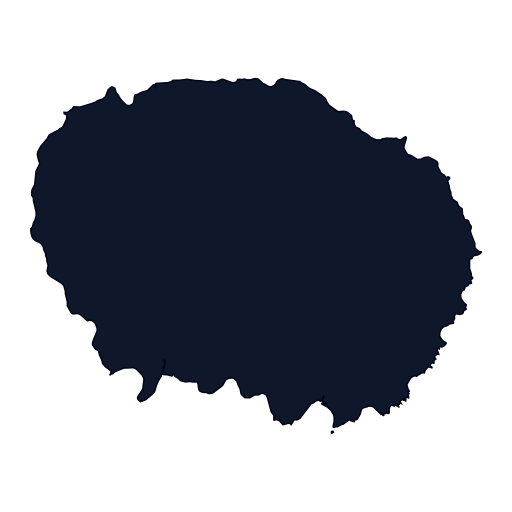 Aneityum, Tafea, Vanuatu
{"feature_id": "77236927B63418931336998", "entity_name": "Aneityum", "entity_type": "district", "adm_level": 2, "iso_a3": "VUT", "parent_name": "Vanuatu", "parent_adm1": "Tafea", "projection": "mercator", "projection_center": [169.832, -20.195], "detail": "fine", "context": "isolated", "style": "filled", "palette": "ink", "viewbox_px": 512, "rotation_deg": 0, "n_neighbors": 0, "source": "geoboundaries", "source_scale": "gbopen_adm2", "svg_char_len": 5988}
<svg xmlns="http://www.w3.org/2000/svg" viewBox="0 0 512 512"><path d="M279.1,420.4L283.0,424.7L288.9,423.1L289.8,423.4L291.2,424.6L294.2,419.7L296.3,419.9L298.3,419.4L300.2,418.0L311.2,403.6L313.5,402.8L315.7,401.0L317.4,400.4L319.5,400.2L320.0,401.2L320.9,401.4L322.1,399.9L322.9,396.8L323.8,395.4L322.7,401.8L323.1,402.3L326.1,403.1L324.7,403.8L321.9,403.4L321.8,404.0L327.5,407.1L331.1,410.4L333.6,414.8L334.1,416.8L334.2,421.4L333.1,426.3L333.4,427.2L334.7,427.3L336.0,426.6L337.5,426.8L340.7,424.8L343.2,424.1L349.5,419.6L351.0,420.8L354.1,421.7L355.1,419.4L356.6,419.7L358.2,417.8L360.1,414.1L361.5,409.4L362.1,408.6L364.8,407.2L367.1,406.9L367.6,406.2L370.8,406.1L373.4,406.9L381.0,414.3L382.0,414.0L382.7,415.1L383.5,415.5L383.8,415.3L383.6,413.5L385.2,413.7L385.9,412.9L388.2,413.5L389.1,413.1L389.2,408.9L389.9,406.6L390.9,405.1L391.5,405.0L394.2,406.1L395.3,404.2L396.4,405.6L398.7,406.8L398.3,404.5L399.3,404.3L399.8,402.8L401.1,403.4L400.1,401.8L400.7,400.5L402.2,399.6L403.4,400.1L403.3,398.8L403.9,398.6L405.2,400.8L405.7,400.9L405.8,398.1L407.3,397.0L408.3,398.0L408.7,397.8L408.2,395.0L409.0,393.4L408.0,392.7L407.8,392.0L409.3,391.2L408.0,389.0L406.9,385.1L407.0,384.2L410.6,378.1L412.8,376.5L414.6,375.8L416.8,376.2L418.0,375.0L419.8,374.3L420.7,373.3L422.9,372.7L424.4,372.9L425.2,370.1L427.9,367.1L429.8,367.0L431.4,367.8L432.0,367.7L431.9,367.1L430.2,366.1L430.0,365.3L431.2,363.3L432.5,362.8L433.5,363.2L434.0,363.0L433.9,360.1L435.6,359.5L435.8,359.0L434.6,357.3L434.5,356.6L436.9,354.3L438.8,354.4L437.2,349.8L437.2,348.5L439.3,349.0L439.5,346.9L439.9,346.5L441.9,347.0L444.1,345.8L446.0,343.8L446.2,343.0L445.6,342.4L443.3,341.2L441.5,339.3L439.6,336.0L439.9,332.2L441.2,329.2L443.2,327.0L447.7,325.4L449.1,324.0L453.4,323.2L453.6,322.7L453.0,321.7L454.6,318.5L454.4,315.9L455.6,314.1L456.4,313.8L459.8,314.4L462.0,313.9L463.1,312.9L463.6,310.9L466.2,309.1L466.0,308.4L465.0,307.6L466.0,306.2L466.3,304.9L464.0,302.9L461.0,298.6L460.5,294.9L461.8,291.3L463.1,290.1L464.3,289.7L465.1,286.9L468.0,285.6L468.2,284.2L468.7,283.9L471.4,283.3L470.8,280.6L471.0,279.8L472.6,278.4L472.6,277.6L471.4,276.4L471.2,273.5L469.5,268.6L469.6,259.1L471.9,258.6L472.6,256.9L474.0,255.6L477.5,255.0L480.1,253.7L481.3,252.3L481.1,251.7L479.7,251.7L478.2,251.0L474.9,247.8L474.8,243.2L471.3,234.4L470.3,230.7L471.3,227.7L471.0,225.9L469.5,223.9L468.5,220.9L467.7,220.2L465.2,219.8L464.5,219.1L463.2,215.5L462.6,214.8L462.1,208.8L459.2,206.6L457.8,204.5L457.3,202.4L452.6,199.1L451.9,197.0L451.0,195.8L450.8,192.2L449.6,189.5L449.2,186.0L447.7,181.5L448.0,180.3L449.6,178.5L449.5,177.4L448.0,176.8L447.0,177.3L445.9,177.2L444.0,175.0L441.0,173.1L437.7,166.5L437.8,163.4L436.9,161.6L435.3,160.5L428.6,157.0L424.5,157.5L420.9,159.2L417.5,159.5L410.8,155.3L407.6,154.6L404.6,149.8L403.8,147.8L404.2,145.2L406.4,138.2L405.8,136.8L404.2,137.3L400.8,140.0L396.9,139.0L396.6,138.2L396.1,138.1L394.3,138.5L386.8,138.1L382.1,138.9L381.0,139.9L376.1,139.9L370.8,137.4L366.8,134.0L361.3,131.1L359.2,128.6L355.9,127.2L354.2,124.3L354.0,120.7L352.5,120.4L351.4,115.5L349.8,114.0L346.7,111.9L345.2,111.5L342.8,111.3L339.0,111.7L337.3,111.2L328.9,105.1L326.9,102.0L325.4,98.6L321.1,94.9L314.8,90.7L309.5,88.5L304.6,84.4L302.0,83.2L299.9,81.6L285.3,79.6L282.5,78.8L281.1,78.9L278.1,80.4L276.5,82.1L275.7,84.1L274.0,85.5L271.9,86.6L270.2,86.8L268.3,86.4L264.7,84.1L263.2,83.7L257.7,78.7L254.2,78.7L250.5,79.8L247.1,79.8L244.4,79.1L241.8,79.5L238.0,79.3L237.2,80.2L237.0,81.3L236.2,81.9L234.8,82.5L232.4,82.7L222.8,79.3L221.6,79.4L215.2,82.1L210.7,81.4L207.5,81.9L201.2,80.8L196.0,80.6L187.1,79.3L179.7,80.2L172.9,80.3L171.3,81.7L167.6,82.7L156.0,83.4L154.9,84.5L155.6,86.4L155.2,87.6L154.6,87.1L154.3,84.9L153.4,84.7L147.5,90.5L141.1,92.5L137.9,94.3L135.2,95.0L134.6,95.7L133.9,100.9L133.0,103.7L131.2,104.9L129.0,105.7L126.4,105.2L121.8,100.6L119.2,97.1L118.6,95.6L116.1,92.6L114.9,88.3L112.7,87.1L111.3,87.0L108.1,89.8L105.5,96.7L102.8,98.9L97.4,100.7L95.6,102.1L92.2,103.4L80.0,107.1L73.9,106.7L73.0,107.5L72.6,108.7L67.9,112.1L67.1,112.5L64.0,112.3L64.2,113.7L65.5,114.2L66.8,115.5L66.9,117.4L66.4,119.7L63.3,126.1L61.9,127.8L59.9,128.6L58.4,130.1L49.3,134.8L47.2,138.7L40.8,146.2L37.7,152.0L37.3,154.5L38.7,160.7L39.6,162.8L39.6,163.9L36.0,171.3L34.7,184.7L32.0,189.9L31.6,193.4L31.8,195.4L32.9,197.0L33.4,198.4L33.5,201.0L36.1,211.7L36.2,215.5L35.2,219.7L33.6,222.6L32.3,227.2L30.7,228.6L31.0,232.7L32.0,236.7L33.3,238.8L35.5,240.7L39.6,242.4L40.9,243.4L43.3,246.7L44.0,250.2L45.4,252.9L45.9,256.2L46.8,258.5L46.9,261.2L48.1,265.2L47.1,271.1L48.1,274.0L50.0,276.0L61.7,283.4L63.8,285.6L65.4,291.1L65.4,293.6L67.4,302.0L67.3,305.8L71.5,313.2L73.1,313.9L76.9,313.5L78.9,313.8L80.5,314.7L87.4,320.8L89.5,320.1L92.4,320.7L95.1,323.0L97.1,328.0L97.2,331.0L93.4,340.0L92.5,343.1L92.6,345.0L95.6,349.3L96.9,349.7L98.6,351.2L99.5,355.0L101.7,359.7L102.7,363.6L105.4,366.8L109.1,369.3L111.1,371.4L111.1,372.2L110.0,374.7L110.5,374.8L111.5,373.6L112.7,373.8L114.6,371.9L123.7,368.1L133.6,367.7L136.5,369.2L142.0,374.9L144.0,378.7L142.8,389.1L137.8,396.7L137.5,398.0L138.0,399.6L140.6,401.7L145.7,399.7L153.1,393.5L154.5,391.8L156.3,385.6L158.3,380.9L161.2,376.2L161.4,374.3L160.5,373.2L161.7,371.4L163.6,366.7L164.4,363.7L164.0,360.2L165.1,360.3L165.3,360.8L165.0,361.3L165.3,363.4L164.5,364.5L164.2,367.7L163.7,368.5L163.2,371.2L162.1,373.4L162.2,374.4L167.4,374.8L171.9,376.0L172.6,375.5L173.0,374.3L173.7,374.1L175.2,376.5L178.5,378.4L180.5,380.6L185.4,381.9L189.9,381.5L193.2,382.0L197.7,382.0L198.7,388.7L199.5,390.8L201.0,391.7L203.2,392.3L206.8,392.6L208.4,393.4L210.0,393.5L212.9,392.9L222.5,385.6L225.9,379.7L229.0,378.2L232.5,377.9L233.7,378.3L236.9,381.0L237.7,383.9L240.2,389.1L241.2,394.3L244.9,397.7L249.7,397.8L254.5,395.0L258.7,394.8L261.3,393.4L263.4,393.4L265.7,394.6L266.5,395.4L267.5,397.8L271.3,412.0L273.9,415.4L273.8,419.8L274.2,420.2L276.3,419.6L279.1,420.4ZM331.5,431.5L331.5,433.3L333.4,432.3L333.0,431.3L331.5,431.5Z" fill="#0f172a" stroke="#020617" stroke-width="1.5"/></svg>